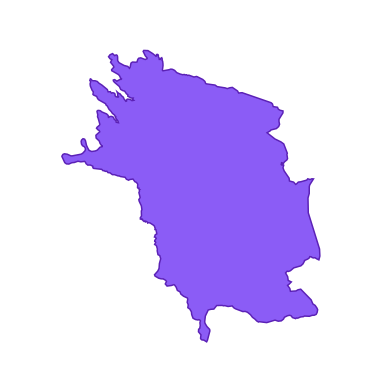 the district of Kwahu East, Eastern, Ghana, rotated 260°
{"feature_id": "2480657B54162505201867", "entity_name": "Kwahu East", "entity_type": "district", "adm_level": 2, "iso_a3": "GHA", "parent_name": "Ghana", "parent_adm1": "Eastern", "projection": "mercator", "projection_center": [-0.802, 6.73], "detail": "fine", "context": "isolated", "style": "filled", "palette": "violet", "viewbox_px": 384, "rotation_deg": 260, "n_neighbors": 0, "source": "geoboundaries", "source_scale": "gbopen_adm2", "svg_char_len": 6035}
<svg xmlns="http://www.w3.org/2000/svg" viewBox="0 0 384 384"><g transform="rotate(260 192 192)"><path d="M106.7,306.8L113.7,307.7L151.3,302.9L166.0,305.2L170.2,307.2L176.8,308.4L178.6,309.2L183.8,313.9L184.2,312.4L183.8,310.4L184.9,308.3L183.9,307.2L183.7,306.2L183.2,300.9L183.3,298.4L181.8,296.3L181.5,295.4L184.1,293.8L185.9,289.9L188.8,290.0L196.8,286.4L200.0,285.8L202.5,287.0L202.9,286.6L202.9,285.2L203.5,284.6L205.3,285.3L204.9,286.2L204.0,286.3L204.1,286.8L205.6,288.3L207.1,291.0L208.3,291.9L212.6,292.0L213.6,292.6L223.4,290.7L225.9,288.3L229.8,282.9L237.3,276.2L238.6,279.6L239.4,280.6L239.8,286.1L241.4,288.7L243.5,290.0L246.1,289.9L248.5,290.3L254.1,295.3L256.0,295.7L257.3,292.8L258.6,291.4L260.6,290.9L262.0,286.8L264.8,286.5L266.2,285.4L281.1,258.6L281.4,255.1L283.6,254.4L288.0,249.9L288.1,247.4L287.7,244.7L288.8,242.7L291.4,235.1L293.3,233.3L296.1,224.7L296.9,224.2L298.7,223.9L301.0,222.1L304.6,217.2L305.0,216.5L304.9,213.9L307.6,209.2L307.5,208.0L308.4,207.0L308.5,205.6L309.1,204.8L309.1,203.2L310.3,200.7L312.2,197.7L314.8,196.0L316.2,194.1L316.7,192.5L316.4,190.5L316.4,184.4L317.1,184.0L321.5,185.4L323.7,185.7L326.0,185.8L327.1,185.4L328.1,185.8L329.5,185.5L329.2,184.6L328.1,183.8L328.3,182.8L329.7,182.9L330.8,182.3L331.9,182.6L333.2,182.4L333.4,182.0L332.7,182.0L333.3,180.9L332.1,180.6L331.9,180.1L335.1,177.4L338.9,173.2L339.8,169.1L339.0,168.3L334.3,169.6L331.7,171.1L331.1,170.9L330.6,168.9L333.0,164.9L333.0,162.8L332.1,161.7L329.6,160.4L329.6,159.0L330.3,156.0L329.8,154.6L329.1,154.1L325.7,152.8L324.7,151.9L326.8,150.6L328.4,147.1L332.0,142.6L334.3,141.6L337.9,142.2L339.3,142.1L339.9,141.7L340.2,141.1L339.7,139.6L342.1,137.8L341.4,135.1L339.7,133.3L337.5,134.4L336.2,136.0L333.9,134.3L329.6,136.6L328.5,136.7L326.5,134.1L325.4,134.0L320.6,139.8L319.3,140.7L316.6,141.5L315.6,142.2L315.2,141.7L315.4,140.7L314.2,137.2L316.1,135.4L316.0,134.0L315.2,133.8L313.6,134.6L308.5,138.8L305.4,139.6L303.9,141.4L303.0,143.2L300.1,144.5L298.9,145.7L297.5,145.4L295.1,148.4L294.7,150.4L293.6,149.7L292.4,150.6L292.4,148.7L293.1,148.2L294.2,146.3L294.7,144.4L294.1,143.6L292.9,143.3L292.8,142.6L295.7,141.1L297.2,140.9L298.8,139.5L301.4,138.0L301.7,137.1L303.6,135.6L301.7,135.9L299.9,135.5L298.5,136.1L298.2,135.6L298.7,134.9L298.9,133.8L300.1,133.0L301.9,133.2L303.0,132.4L303.5,131.2L303.4,129.8L305.0,129.0L305.2,126.8L307.6,126.4L312.9,121.9L315.4,119.2L317.3,117.9L318.4,115.8L318.8,113.7L319.6,112.7L321.0,111.9L321.0,111.5L319.5,110.7L318.3,111.4L316.2,110.4L313.9,110.3L309.5,111.3L307.8,112.2L305.3,111.4L304.5,112.0L302.7,114.7L300.3,115.3L299.0,116.1L294.0,122.2L292.5,122.5L291.4,123.5L287.9,124.6L285.4,126.3L283.2,127.3L281.2,129.1L280.1,129.3L279.6,130.0L278.2,129.7L274.7,131.4L273.0,131.6L273.8,129.5L275.3,129.5L277.5,127.9L278.7,127.8L279.6,127.2L280.4,125.9L280.6,124.2L280.0,123.2L280.0,122.7L282.0,122.7L283.7,121.5L286.4,117.3L288.0,115.8L288.6,114.2L288.6,113.0L287.8,112.4L284.5,112.6L282.4,112.0L280.9,112.4L274.7,113.0L273.8,112.4L272.3,109.8L271.4,109.0L269.4,110.3L268.7,111.3L267.3,111.6L264.8,107.5L264.4,107.2L262.2,107.0L261.7,107.0L258.3,109.5L255.8,109.9L253.4,111.0L253.1,111.6L252.3,111.5L252.1,109.2L249.7,106.0L249.2,103.9L249.3,100.3L250.0,99.1L251.0,97.8L253.6,96.9L256.3,96.2L261.0,96.0L262.7,95.4L263.4,93.9L262.4,92.3L261.1,91.6L258.4,91.5L256.6,92.2L255.1,94.0L253.6,94.5L252.6,94.5L251.1,93.7L249.1,91.0L248.5,89.3L248.4,80.1L248.7,78.9L250.9,75.7L251.8,72.9L251.4,71.4L249.9,70.1L249.4,70.1L243.0,71.8L241.5,73.2L240.9,75.6L241.7,78.7L241.5,81.2L242.1,85.0L241.0,87.8L240.8,91.5L239.9,92.2L238.3,92.6L236.6,94.0L236.2,96.6L234.6,98.8L233.1,98.6L232.3,99.3L230.0,107.0L228.4,108.1L228.3,109.2L227.4,110.1L227.2,111.8L225.7,112.6L225.1,114.6L222.9,116.6L222.5,118.8L220.6,122.1L220.6,123.0L219.7,124.1L218.1,128.7L216.0,129.6L214.6,131.7L215.1,132.7L215.0,136.1L212.0,137.6L211.3,138.7L209.9,139.6L209.1,139.9L205.7,139.1L205.1,139.6L205.0,140.3L204.5,140.1L203.7,140.8L203.7,140.5L202.0,140.4L200.6,139.6L195.6,140.0L193.7,138.3L192.0,138.4L187.2,139.7L183.3,139.6L182.1,138.8L177.2,138.1L175.4,136.5L174.9,136.8L174.3,136.5L173.7,137.7L174.1,137.9L173.8,138.5L172.5,138.7L171.3,139.7L171.7,140.6L170.6,141.0L170.9,142.0L169.8,143.0L169.2,143.0L169.4,143.6L168.8,145.3L165.8,148.5L165.0,149.0L162.6,149.4L161.5,149.0L161.2,149.9L157.7,150.1L156.8,150.0L156.4,148.5L154.2,147.2L153.6,148.2L152.5,148.7L150.8,146.9L149.9,146.7L149.6,147.3L148.7,147.5L146.8,146.1L145.8,147.3L144.9,147.7L141.9,148.0L140.1,147.5L136.2,147.6L135.0,149.2L131.7,149.6L127.3,147.5L122.5,146.3L120.1,144.6L117.0,140.7L115.6,141.0L112.9,144.2L111.8,146.6L111.4,148.6L109.5,150.8L108.2,151.3L106.1,149.7L103.7,151.1L103.5,155.5L103.9,158.1L103.4,158.7L100.9,159.9L97.6,160.5L95.8,162.8L93.4,163.3L90.8,165.6L88.4,169.1L87.2,169.2L84.2,168.1L81.6,168.7L78.8,167.8L77.1,169.5L74.1,170.6L71.4,170.4L67.5,171.1L65.8,173.3L64.9,175.7L65.1,176.6L64.5,177.5L63.7,177.9L61.9,177.1L59.0,176.9L56.3,175.9L55.7,174.7L53.2,174.1L49.8,176.0L46.4,175.0L45.3,175.4L44.6,176.1L44.1,177.9L41.9,180.4L43.2,181.4L52.1,185.5L53.7,185.5L57.0,183.3L60.5,182.0L62.1,182.0L67.5,183.6L73.0,187.5L73.2,190.2L72.9,193.2L75.9,196.6L75.1,201.9L74.4,203.4L74.4,204.6L73.0,207.6L72.8,211.8L70.8,213.0L69.5,214.4L65.4,221.3L65.2,223.6L63.9,225.8L61.0,228.3L58.1,229.8L55.9,231.9L53.7,233.4L52.4,234.9L52.6,235.7L50.4,242.9L51.4,251.5L49.8,254.5L49.6,257.6L50.9,260.0L52.6,261.3L53.6,264.7L53.6,266.9L52.7,268.3L50.9,269.1L49.3,272.1L49.8,272.8L49.4,274.3L50.1,277.3L49.9,280.1L50.3,281.2L49.2,286.1L49.7,288.9L49.4,290.9L49.9,293.0L51.6,294.3L54.2,295.3L56.0,294.9L58.9,293.6L60.8,291.6L65.1,290.6L77.4,282.2L77.3,279.4L76.5,277.2L77.1,271.7L80.0,271.6L83.5,269.9L84.2,271.4L86.2,274.2L88.2,271.4L92.0,271.5L96.1,270.1L97.5,272.0L97.0,273.2L97.4,275.3L99.6,279.0L100.4,286.4L101.9,288.8L104.6,290.9L105.0,290.9L105.9,294.5L106.9,296.3L107.9,296.8L107.4,298.3L106.6,298.9L106.0,300.1L105.9,301.7L104.1,303.7L103.8,304.9L103.3,304.8L103.1,305.2L106.7,306.8Z" fill="#8b5cf6" stroke="#5b21b6" stroke-width="1.5"/></g></svg>